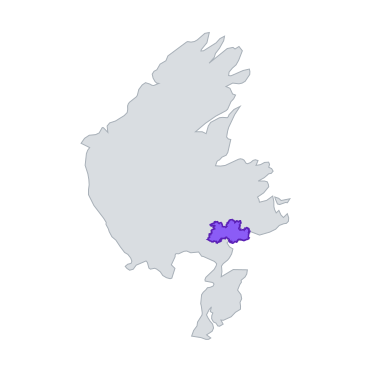 location of Ballymote-Tobercurry Lea-7, Sligo, Ireland, rotated 159°
{"feature_id": "5873133B63806445794843", "entity_name": "Ballymote-Tobercurry Lea-7", "entity_type": "district", "adm_level": 2, "iso_a3": "IRL", "parent_name": "Ireland", "parent_adm1": "Sligo", "projection": "albers", "projection_center": [-8.685, 54.105], "detail": "fine", "context": "in_parent", "style": "filled", "palette": "violet", "viewbox_px": 384, "rotation_deg": 159, "n_neighbors": 0, "source": "geoboundaries", "source_scale": "gbopen_adm2", "svg_char_len": 9150}
<svg xmlns="http://www.w3.org/2000/svg" viewBox="0 0 384 384"><g transform="rotate(159 192 192)"><path d="M233.4,68.6L226.8,73.5L225.8,75.3L224.1,82.5L223.9,84.6L219.8,92.7L217.4,94.4L213.9,95.8L211.9,97.1L209.3,96.5L206.1,96.6L204.5,98.1L204.6,99.2L205.6,100.4L211.6,104.1L211.3,105.6L209.6,107.4L199.0,111.8L195.8,114.5L194.7,116.2L195.9,119.1L204.5,127.7L206.0,128.6L207.3,133.6L214.9,135.7L218.1,138.8L220.8,139.5L226.6,139.1L229.0,140.2L230.3,139.3L231.0,137.6L237.4,131.4L235.3,126.8L241.7,118.8L243.5,118.9L246.6,121.2L249.2,124.5L250.2,128.9L252.7,132.8L254.3,134.2L258.5,134.9L259.5,136.4L258.9,142.2L259.6,144.1L270.3,143.7L274.5,141.0L278.2,141.3L280.1,143.9L281.0,146.5L277.9,147.6L274.5,147.2L272.9,149.0L272.9,152.4L274.2,156.7L276.6,159.7L278.6,166.6L280.3,174.3L282.8,178.9L283.5,184.6L283.3,187.5L283.9,192.6L283.0,194.4L283.9,199.2L288.4,214.5L289.6,226.6L287.8,231.2L285.4,235.6L283.8,240.7L282.7,246.3L282.2,255.2L276.8,265.7L274.4,268.4L271.6,270.1L278.1,277.2L273.1,280.6L267.6,281.8L261.4,280.1L257.5,280.4L252.7,284.3L251.6,283.7L249.2,277.8L247.6,284.0L244.1,286.0L238.0,285.7L227.9,287.6L224.0,289.4L222.4,292.2L221.3,295.4L219.7,297.3L217.9,298.3L210.1,300.7L208.5,301.7L204.9,306.8L200.1,309.8L196.2,310.7L192.6,307.8L191.2,306.0L189.5,305.1L184.1,305.3L185.8,306.2L186.9,308.3L187.5,312.3L186.9,316.3L184.2,318.3L181.0,318.7L176.0,322.8L169.3,323.9L165.7,327.7L143.5,333.9L142.2,334.0L139.2,332.3L135.8,331.6L132.5,332.1L123.2,335.5L118.7,334.7L124.6,326.0L132.3,321.6L133.1,320.4L130.6,319.7L116.0,322.6L110.9,325.2L105.8,325.8L108.2,321.9L114.8,316.4L120.5,312.9L123.0,309.7L129.9,306.1L107.7,313.3L101.9,312.3L100.6,310.1L96.0,311.0L94.4,305.8L101.3,298.2L105.3,294.9L109.9,293.2L114.4,290.7L116.1,287.6L114.0,286.5L100.7,287.1L94.4,286.2L94.8,283.7L96.0,281.0L102.7,276.3L106.3,275.7L109.4,276.2L115.0,279.1L122.5,278.3L119.4,275.2L119.0,269.0L116.6,266.9L119.7,264.1L123.2,262.4L129.1,256.5L131.1,255.7L142.6,254.3L154.9,251.3L167.2,247.0L160.9,244.6L157.9,241.4L153.1,247.8L149.6,250.3L139.8,251.5L136.7,250.7L132.4,248.7L131.0,249.4L129.7,250.9L123.2,254.0L116.4,254.7L124.4,249.0L134.5,239.3L136.8,236.3L140.0,230.9L139.1,228.5L137.0,227.1L144.4,216.1L146.9,214.1L151.5,213.8L154.9,212.1L156.4,212.1L157.8,211.5L160.7,208.1L156.2,206.0L151.5,204.9L136.9,205.9L135.0,205.7L133.2,204.6L132.0,203.1L131.2,199.4L130.1,198.5L126.8,198.5L123.6,199.6L121.3,199.4L119.1,197.7L122.7,193.9L118.2,193.0L113.6,193.6L109.8,192.4L109.7,190.0L111.5,187.6L109.3,185.3L108.8,182.4L111.3,181.0L113.9,181.5L119.3,179.5L126.3,178.5L120.4,176.3L118.1,174.5L118.0,171.7L118.5,169.4L125.4,165.5L132.7,163.8L132.2,161.2L132.7,158.3L125.4,157.4L118.1,159.3L119.0,153.9L120.8,149.0L121.2,145.7L120.9,142.3L117.5,143.7L117.2,138.8L115.8,135.4L110.8,137.6L111.0,133.2L112.5,130.1L115.1,128.9L117.7,129.5L122.5,129.5L127.2,127.3L133.8,126.7L144.4,127.6L151.7,134.2L153.6,133.0L156.5,128.9L157.9,128.5L168.9,130.3L175.7,132.7L177.6,131.9L176.6,127.3L174.2,124.2L177.2,120.0L180.7,117.1L183.1,115.7L188.6,113.9L191.0,112.3L192.6,106.9L195.1,102.4L181.3,104.8L168.2,99.5L170.3,95.8L173.0,93.6L177.8,92.0L178.2,90.1L180.6,88.4L184.6,84.1L183.1,78.6L183.9,74.5L186.7,71.8L187.6,68.0L188.8,65.2L194.6,64.1L200.1,61.5L208.7,61.0L210.9,62.1L210.3,57.5L214.3,56.8L215.9,57.7L216.6,61.0L218.5,63.0L219.1,66.6L217.9,69.4L215.9,71.6L217.8,73.8L215.0,77.8L218.1,76.1L222.5,72.1L222.2,68.9L221.4,64.9L220.1,61.3L220.6,57.3L223.1,54.8L229.6,53.4L226.8,49.0L229.2,48.5L231.8,49.4L235.7,52.8L244.0,57.6L240.1,62.1L235.3,65.2L233.4,68.6ZM116.7,155.6L116.5,157.7L113.3,155.0L111.8,152.1L103.0,150.6L106.8,147.8L108.5,148.7L114.7,148.9L116.5,150.2L116.7,155.6Z" fill="#d9dde1" stroke="#a8b0b8" stroke-width="1"/><path d="M186.6,135.3L186.2,135.6L185.9,135.6L185.5,135.7L184.9,135.6L184.7,135.7L184.7,135.8L184.3,135.6L184.1,135.7L183.8,135.6L183.6,135.6L183.6,135.9L183.4,135.8L183.2,135.8L182.9,135.7L182.4,135.8L182.5,136.2L182.4,136.3L183.7,136.7L183.5,136.8L182.9,137.1L183.0,137.2L183.0,137.4L182.9,137.5L182.5,137.5L182.1,136.9L181.7,136.9L181.8,137.2L181.8,137.4L182.0,137.6L181.9,137.8L181.5,137.7L181.4,138.0L181.1,137.8L181.0,138.0L180.7,138.1L180.3,137.7L180.0,137.7L179.7,137.4L179.2,137.3L178.8,137.4L178.4,137.3L178.2,137.3L178.0,137.1L178.4,136.9L178.2,136.9L178.1,136.6L177.8,136.4L177.6,136.5L177.5,136.9L177.2,137.0L177.0,137.3L176.8,137.3L176.7,137.5L176.5,137.4L176.1,137.5L175.8,137.2L175.9,136.7L175.5,136.2L175.3,135.4L174.7,135.4L174.4,134.7L174.2,134.4L174.3,133.9L174.4,133.7L174.6,133.9L174.8,133.5L175.2,133.5L175.6,133.3L175.0,133.3L175.0,132.8L174.9,132.8L174.9,132.7L174.7,132.7L174.6,132.4L174.0,132.2L174.1,131.9L173.8,131.8L173.8,132.0L173.6,132.1L173.7,131.8L174.0,131.6L173.5,131.5L173.3,131.3L173.2,131.4L173.3,131.3L173.1,131.2L173.3,131.1L173.6,131.1L173.4,131.3L173.8,131.3L173.9,131.5L174.0,131.4L173.5,131.0L173.3,130.7L173.1,130.4L173.1,130.2L172.9,129.9L172.6,129.7L171.5,129.6L171.0,129.8L170.9,130.0L170.4,130.1L169.8,130.4L169.1,130.0L168.5,129.9L168.6,129.3L168.2,129.2L167.8,129.3L167.4,129.6L167.2,129.9L167.2,130.1L166.9,130.2L166.9,130.5L166.4,130.8L166.1,130.7L166.0,130.9L165.5,131.1L164.7,130.8L164.7,130.7L164.3,130.4L164.2,130.0L164.2,130.3L163.8,130.4L163.5,129.9L163.4,129.9L163.5,129.9L163.4,129.8L163.2,130.0L162.9,129.7L162.5,129.6L162.1,128.8L160.9,128.3L160.9,128.2L160.6,128.3L160.3,128.0L160.1,128.2L159.8,128.2L159.7,128.3L159.8,128.2L159.6,128.0L159.2,128.2L158.5,128.0L158.0,128.2L157.0,127.8L156.4,128.1L155.8,128.0L155.6,128.1L155.8,128.6L155.7,128.9L155.4,129.0L155.7,129.2L155.7,129.5L155.3,130.0L155.2,130.4L154.7,131.3L154.4,132.3L154.1,132.4L154.0,132.8L153.8,133.1L153.8,133.4L153.7,133.4L153.8,133.5L153.9,133.8L153.4,134.2L152.3,134.3L152.1,134.6L153.1,134.9L153.2,134.6L153.5,134.7L153.3,134.7L153.0,135.0L152.8,135.0L152.5,135.3L152.6,135.6L152.5,136.0L152.6,136.3L152.2,136.3L152.1,136.6L152.1,136.8L152.3,137.0L152.2,137.1L152.4,137.3L152.2,137.3L152.2,137.6L152.6,137.9L152.7,138.2L153.5,138.7L153.5,138.8L153.4,139.0L153.6,139.2L154.1,139.1L154.3,138.9L155.1,139.0L155.5,139.2L155.6,138.6L155.6,138.3L155.7,138.1L156.2,138.1L156.5,138.4L156.6,138.1L157.0,137.7L157.1,138.1L158.1,138.6L159.5,138.8L159.9,139.0L160.7,139.2L160.5,139.5L160.2,139.5L160.4,139.9L160.3,140.0L160.7,140.0L160.7,140.3L161.2,140.5L161.5,140.8L161.5,141.0L161.2,141.5L160.7,141.9L160.0,142.0L159.7,142.2L159.7,142.5L159.9,142.8L159.9,143.1L159.2,143.4L159.4,143.8L159.4,144.3L159.2,144.3L158.7,144.7L158.3,145.1L158.0,145.2L157.8,145.4L157.6,145.4L157.5,145.6L157.5,145.8L157.3,145.8L157.3,146.0L157.3,146.5L157.2,146.7L157.3,146.9L157.2,147.2L157.5,147.4L157.4,147.5L157.1,147.7L157.1,147.8L157.4,147.9L157.8,147.8L158.1,148.0L158.6,147.7L158.9,147.9L159.3,147.7L159.2,147.4L159.3,147.4L159.4,147.5L159.4,147.8L159.7,147.9L160.2,148.5L160.3,149.0L161.2,149.1L161.9,148.7L161.7,148.5L162.3,148.3L162.4,148.1L163.0,148.0L162.7,149.2L163.1,149.9L163.1,150.3L163.2,150.5L163.8,150.5L163.9,151.2L164.3,151.7L164.4,151.9L164.6,151.8L166.1,152.3L166.6,152.2L167.0,152.3L167.3,152.2L167.3,151.7L168.5,151.4L168.5,151.0L169.2,150.1L169.8,150.6L170.3,150.6L170.5,150.3L170.6,150.0L170.6,149.7L170.9,149.3L171.3,149.2L171.7,148.9L171.7,149.0L171.8,149.0L172.0,148.4L171.9,148.2L171.7,147.5L172.4,147.4L172.6,147.0L173.2,146.8L173.3,147.0L173.1,147.1L173.2,147.3L173.9,147.8L174.2,147.9L174.4,148.2L174.9,148.1L175.3,148.5L176.0,148.8L175.7,149.3L175.7,149.9L175.5,150.3L175.5,150.6L175.7,151.2L175.5,151.5L175.5,152.2L175.7,152.3L175.9,153.1L176.4,153.1L176.6,153.2L177.4,153.2L177.7,153.0L178.0,152.8L178.3,153.2L178.4,153.6L178.6,153.8L178.7,154.2L178.6,154.7L178.8,155.2L179.2,155.3L179.5,155.2L180.1,155.5L180.6,155.5L180.9,156.1L181.7,156.1L181.9,156.0L181.7,155.6L181.8,155.2L182.2,155.1L182.4,155.0L182.6,155.1L184.3,155.2L184.6,155.1L185.1,155.2L185.5,155.0L186.7,155.1L186.8,155.0L186.8,154.8L186.7,154.8L186.7,154.6L186.6,154.4L186.4,154.0L186.1,153.9L186.2,153.3L185.6,153.3L185.6,153.5L184.9,153.4L184.9,153.2L183.6,152.9L183.7,152.6L182.9,152.5L182.8,152.3L183.2,152.3L183.5,152.1L184.0,152.3L184.4,152.0L184.7,151.8L184.5,151.7L184.5,151.3L184.3,151.3L184.4,151.1L184.5,151.0L184.6,150.8L184.4,150.4L183.9,149.9L184.0,149.6L184.3,149.8L184.7,149.8L184.9,149.7L185.0,149.4L185.4,149.4L186.3,149.7L187.6,149.3L187.5,149.1L187.8,148.9L188.0,148.5L187.7,148.3L187.8,147.9L188.0,147.7L187.9,147.4L188.1,146.9L188.5,146.4L188.7,146.5L188.8,146.9L189.0,146.8L189.1,146.5L189.3,146.5L189.2,146.2L189.4,146.1L189.7,146.0L189.8,145.7L190.2,146.0L190.3,146.4L190.5,146.6L190.9,146.7L191.1,146.5L190.8,146.1L190.9,145.8L190.8,145.4L191.7,145.1L191.9,144.6L191.7,144.0L191.8,143.9L191.7,143.5L192.1,143.3L192.3,143.4L192.8,143.2L193.4,143.3L194.0,142.2L194.5,142.1L194.1,141.8L193.9,141.4L193.7,141.4L193.6,141.2L193.3,141.0L193.3,140.7L193.1,140.5L192.7,139.8L192.4,139.8L191.8,139.3L191.7,139.0L191.6,138.8L191.6,138.7L191.3,138.3L190.8,138.2L190.3,137.9L190.2,138.1L189.9,138.1L189.9,138.3L189.0,138.4L188.0,137.4L187.6,137.4L187.4,137.2L187.3,136.9L187.2,136.8L186.9,136.9L186.9,136.7L187.3,136.3L187.5,135.8L187.4,135.7L186.7,135.5L186.6,135.3Z" fill="#8b5cf6" stroke="#5b21b6" stroke-width="1.5"/></g></svg>